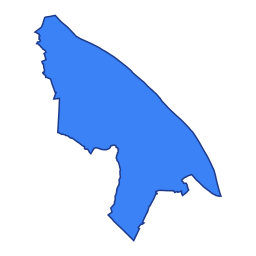 Thot Not, Can Tho, Vietnam
{"feature_id": "81297802B2345271224879", "entity_name": "Thot Not", "entity_type": "district", "adm_level": 2, "iso_a3": "VNM", "parent_name": "Vietnam", "parent_adm1": "Can Tho", "projection": "orthographic", "projection_center": [105.542, 10.239], "detail": "fine", "context": "isolated", "style": "filled", "palette": "blue", "viewbox_px": 256, "rotation_deg": 0, "n_neighbors": 0, "source": "geoboundaries", "source_scale": "gbopen_adm2", "svg_char_len": 5475}
<svg xmlns="http://www.w3.org/2000/svg" viewBox="0 0 256 256"><path d="M133.7,240.6L135.2,237.5L139.4,228.6L138.2,227.6L139.8,225.5L140.1,225.1L140.4,224.9L140.7,224.6L141.0,224.1L141.3,224.1L141.6,224.3L141.9,224.4L142.1,224.3L142.6,223.9L142.9,223.8L144.0,222.9L142.5,222.2L144.6,217.6L147.0,212.5L147.3,212.6L149.2,206.2L149.4,206.0L149.9,205.9L150.0,205.7L150.2,205.3L150.4,205.2L150.5,205.0L150.6,204.6L152.3,201.4L153.8,198.7L155.9,193.6L156.2,193.9L156.3,194.0L156.8,194.0L157.0,193.9L157.1,193.4L156.6,193.4L156.4,193.2L156.2,192.8L155.9,192.6L155.6,192.2L155.7,191.8L155.8,191.6L156.0,191.5L156.7,191.4L157.6,190.7L157.8,190.6L158.4,190.6L159.2,190.4L159.8,190.3L160.6,190.4L161.8,190.4L162.9,190.5L163.6,190.4L164.0,190.4L164.9,190.6L165.5,190.6L169.9,190.7L172.6,190.8L172.9,190.9L173.3,190.7L173.5,191.0L174.1,191.3L174.3,191.5L174.4,192.1L174.8,192.5L175.4,192.2L177.1,191.5L177.3,191.5L177.5,191.9L177.6,192.2L179.2,191.9L180.2,191.5L181.3,191.0L181.5,191.1L181.5,191.3L181.6,192.2L181.7,192.5L181.4,192.8L181.7,193.1L181.8,193.2L181.8,193.4L181.8,194.1L181.9,194.3L182.6,195.5L185.5,193.3L185.9,193.0L186.8,192.1L188.7,189.9L188.3,189.1L188.2,189.1L187.8,188.5L187.6,188.2L187.6,187.9L187.7,187.5L187.7,187.3L187.7,187.1L187.4,186.8L187.1,186.1L187.2,185.2L187.1,184.7L186.7,184.3L186.6,184.1L186.4,183.5L186.1,183.3L185.9,183.2L185.6,183.2L184.7,183.3L184.1,183.3L183.7,183.2L183.6,182.7L183.4,182.3L182.4,181.5L182.1,181.1L182.0,180.8L181.8,180.1L181.9,179.8L182.1,179.5L182.8,179.1L183.4,178.6L184.4,177.7L184.8,177.4L186.1,177.0L186.7,176.6L187.5,176.1L188.1,175.8L191.6,174.6L193.1,176.1L196.3,179.9L198.2,181.5L203.8,187.0L212.8,193.8L216.1,195.5L218.1,196.0L219.9,196.2L221.0,196.1L220.3,194.5L218.5,188.3L216.5,180.6L215.3,175.1L214.0,170.3L210.2,162.2L207.1,156.0L205.0,152.5L202.2,147.6L199.2,142.2L195.0,135.5L192.9,132.3L190.4,129.7L188.4,127.3L185.0,123.7L180.9,119.6L176.1,115.4L170.7,110.3L167.4,107.0L162.1,101.3L160.2,98.5L156.4,94.1L147.7,86.2L144.1,82.4L136.0,75.6L132.9,72.9L131.4,71.0L126.4,66.6L114.7,57.4L107.9,53.0L104.5,50.9L102.4,49.8L99.6,47.9L91.3,43.6L80.7,38.9L76.0,36.2L75.1,35.1L67.6,27.2L61.8,22.4L59.4,19.9L55.2,15.4L53.6,15.7L51.2,16.2L49.4,16.6L47.9,16.7L47.1,16.9L45.6,17.1L45.2,17.3L44.9,17.5L44.5,18.2L42.9,23.5L41.9,26.0L41.4,27.0L41.0,27.5L40.5,27.9L35.0,32.1L38.3,33.6L38.3,33.9L38.5,34.0L39.1,34.2L39.2,34.3L39.3,34.4L39.3,34.7L39.2,35.3L39.3,35.6L39.7,35.9L39.9,36.0L39.8,36.4L39.7,36.4L39.3,36.4L39.1,36.5L39.0,36.8L39.3,38.5L38.9,38.8L38.9,39.0L39.0,39.2L39.7,39.4L39.8,39.5L40.0,40.0L40.3,40.6L40.3,40.9L40.1,41.1L39.7,41.4L38.9,41.7L38.1,42.1L37.9,42.1L37.6,42.0L37.4,42.1L37.3,42.8L36.7,43.7L37.9,43.9L38.2,44.0L38.4,44.2L38.9,44.9L39.6,45.3L40.0,45.7L40.9,46.9L41.5,47.5L42.2,48.1L42.5,48.5L42.8,49.1L43.5,49.3L44.9,50.5L45.2,50.8L45.4,51.1L45.9,52.2L44.7,53.1L44.0,53.6L44.6,54.6L45.5,58.1L46.0,59.7L41.9,61.5L42.2,62.6L42.7,63.9L43.5,64.0L43.8,67.7L44.4,69.2L44.4,71.2L44.1,71.4L43.9,71.6L43.9,71.8L44.1,72.4L44.1,72.6L43.8,72.8L43.7,72.8L43.1,72.6L42.9,72.6L43.0,73.0L43.0,73.3L43.5,73.9L44.1,74.3L44.4,74.7L44.6,74.9L45.2,75.1L45.4,75.3L45.6,75.9L45.6,76.2L45.6,76.6L45.7,76.9L45.6,77.2L45.7,77.4L45.9,77.5L46.2,77.4L46.9,77.5L47.7,77.8L49.4,78.5L49.8,78.7L50.5,78.9L50.6,79.0L50.7,79.3L51.6,82.6L52.7,85.7L55.3,92.8L56.0,92.7L53.7,99.0L54.0,99.0L59.5,98.4L59.0,110.8L57.8,132.5L58.6,132.8L59.6,133.2L60.3,133.5L60.9,133.9L61.7,134.3L61.9,134.4L62.4,134.3L62.9,134.2L63.2,134.2L63.9,134.6L64.7,134.7L65.3,135.1L65.7,135.4L66.0,135.5L66.8,135.6L67.4,135.7L67.8,135.9L68.1,136.0L69.0,136.9L69.8,137.5L70.3,137.8L70.8,138.0L72.5,138.3L72.8,138.5L76.6,141.3L77.5,142.0L79.3,143.1L79.8,143.5L81.3,144.8L82.1,145.4L82.7,145.7L83.2,146.1L83.5,146.2L84.2,146.3L84.4,146.4L84.5,146.5L84.4,148.2L84.5,148.5L84.6,148.8L85.6,149.1L86.1,149.3L86.3,149.3L87.1,149.0L87.3,149.0L87.6,149.1L89.2,151.6L89.4,152.1L89.9,152.8L90.8,153.7L92.8,150.3L93.6,149.1L94.1,148.5L94.9,148.0L95.6,147.8L96.4,147.8L97.2,147.9L99.3,148.6L100.8,149.2L102.5,149.6L103.9,149.7L105.1,149.7L106.4,149.7L107.3,149.4L108.5,148.8L109.4,148.3L109.8,147.9L110.2,147.5L110.5,146.8L110.7,145.9L110.8,145.8L111.0,145.7L111.5,145.7L112.0,145.6L112.8,145.3L113.4,145.2L114.0,145.2L114.6,145.3L115.2,145.4L115.6,145.6L115.9,145.9L116.0,146.1L116.1,146.4L116.1,147.3L116.1,147.5L116.5,147.6L116.9,147.6L117.2,147.6L117.5,147.9L118.2,148.7L118.4,149.0L118.4,149.3L118.0,149.7L118.0,150.0L118.2,150.6L118.2,151.1L118.1,152.2L117.5,152.8L117.4,153.1L117.4,153.6L117.4,154.0L116.6,155.8L116.2,157.9L116.2,158.2L116.8,159.0L117.0,159.3L116.9,160.1L117.2,160.7L117.5,161.1L117.9,161.5L118.3,162.0L118.9,163.7L119.1,164.7L119.5,165.6L119.7,167.2L120.4,169.6L120.4,169.8L120.4,170.0L120.0,171.0L119.9,171.7L120.0,172.4L120.0,173.2L120.1,174.9L120.3,176.5L120.3,177.3L120.2,177.6L119.9,178.5L119.5,178.9L119.3,179.2L119.1,180.3L119.1,180.7L119.2,181.2L119.2,181.9L119.2,182.8L119.1,183.5L119.1,183.8L119.2,184.1L119.2,184.3L119.1,184.5L118.8,184.8L118.3,186.2L117.7,187.0L117.2,188.2L117.2,188.6L116.7,189.8L116.7,190.9L116.2,193.8L115.7,195.1L115.2,195.8L115.1,196.3L115.1,196.7L115.2,197.9L115.2,199.0L115.1,200.2L115.0,200.6L114.4,202.0L114.4,202.3L114.4,202.5L114.7,203.0L114.6,203.3L113.7,204.7L113.1,205.3L112.7,206.0L112.3,206.5L112.0,206.8L111.3,207.3L110.8,208.1L111.4,210.0L111.9,212.2L108.1,215.0L112.7,219.7L113.0,220.1L113.3,220.6L113.8,221.2L124.7,231.6L125.1,232.1L128.7,235.6L133.7,240.6Z" fill="#3b82f6" stroke="#1e3a8a" stroke-width="1.5"/></svg>